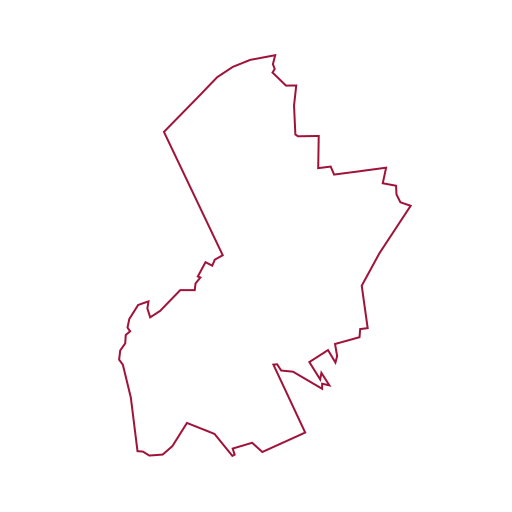 Ballyfermot-Drimnagh Lea-5, South Dublin, Ireland, rotated 76°
{"feature_id": "5873133B64258564614963", "entity_name": "Ballyfermot-Drimnagh Lea-5", "entity_type": "district", "adm_level": 2, "iso_a3": "IRL", "parent_name": "Ireland", "parent_adm1": "South Dublin", "projection": "albers", "projection_center": [-6.344, 53.336], "detail": "fine", "context": "isolated", "style": "outline", "palette": "rose", "viewbox_px": 512, "rotation_deg": 76, "n_neighbors": 0, "source": "geoboundaries", "source_scale": "gbopen_adm2", "svg_char_len": 1115}
<svg xmlns="http://www.w3.org/2000/svg" viewBox="0 0 512 512"><g transform="rotate(76 256 256)"><path d="M113.3,315.3L247.2,288.1L249.6,296.9L254.8,300.8L249.8,306.5L261.8,317.4L263.4,315.2L268.0,321.3L274.3,323.7L270.8,337.8L286.0,362.2L289.9,373.5L280.6,374.1L274.0,371.3L275.0,382.2L286.5,394.2L294.4,398.0L298.6,396.3L301.1,401.5L309.1,404.0L314.8,410.6L323.5,413.9L329.3,411.5L363.0,411.7L416.7,418.2L418.4,413.1L423.8,407.8L426.1,394.6L420.3,383.2L401.3,363.4L418.6,339.3L444.2,327.3L443.6,324.8L437.2,325.2L436.3,304.9L447.7,297.3L439.2,251.0L365.6,265.4L366.2,261.7L373.2,259.3L377.2,248.1L400.8,224.0L395.9,222.7L399.3,216.1L385.2,220.8L391.3,223.6L371.8,229.9L364.7,208.9L378.6,204.7L372.8,201.5L360.5,200.6L359.8,175.2L352.1,172.6L353.0,165.1L310.4,160.6L283.1,135.5L244.7,93.8L238.8,102.9L230.3,104.8L221.7,103.1L216.1,115.4L201.8,108.4L195.9,160.5L187.3,161.9L185.8,174.4L154.7,166.1L150.0,186.3L147.6,188.4L119.2,182.7L100.3,175.7L97.9,185.7L82.0,195.6L79.1,192.6L74.0,193.2L65.8,188.8L64.3,214.4L66.9,232.8L73.1,250.4L86.6,271.9L113.3,315.3Z" fill="none" stroke="#9f1239" stroke-width="2"/></g></svg>